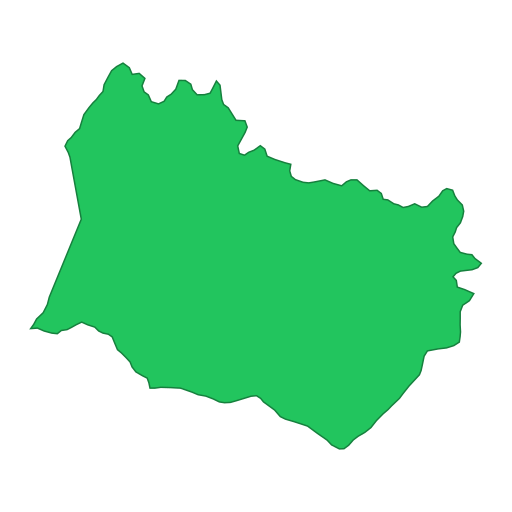 Ipuã, São Paulo, Brazil (Mercator projection)
{"feature_id": "56859067B38100119221339", "entity_name": "Ipuã", "entity_type": "district", "adm_level": 2, "iso_a3": "BRA", "parent_name": "Brazil", "parent_adm1": "São Paulo", "projection": "mercator", "projection_center": [-48.055, -20.411], "detail": "fine", "context": "isolated", "style": "filled", "palette": "green", "viewbox_px": 512, "rotation_deg": 0, "n_neighbors": 0, "source": "geoboundaries", "source_scale": "gbopen_adm2", "svg_char_len": 2565}
<svg xmlns="http://www.w3.org/2000/svg" viewBox="0 0 512 512"><path d="M30.7,328.6L37.5,328.1L44.1,331.0L51.8,333.1L57.3,333.7L61.3,330.5L67.1,329.6L71.6,327.3L76.4,324.6L81.7,322.1L87.7,324.8L94.8,327.1L98.7,331.0L103.0,333.1L108.3,334.2L112.2,336.9L114.9,343.5L117.5,349.7L121.3,352.8L125.8,357.3L130.1,362.0L132.1,367.0L135.9,371.9L142.6,375.8L147.2,378.1L148.9,382.8L150.0,388.1L155.0,388.1L160.8,387.3L171.0,387.6L176.0,387.9L180.4,388.1L192.2,392.2L198.1,394.7L205.9,396.1L213.4,399.0L219.3,401.9L224.5,402.7L230.4,402.4L236.4,400.7L251.1,396.2L256.5,395.7L260.7,398.4L263.5,401.9L274.6,410.0L280.3,416.6L285.4,419.1L293.9,421.6L301.0,423.9L307.6,426.1L317.2,433.2L327.1,440.1L331.6,444.9L339.4,448.9L344.0,448.7L348.7,445.2L353.3,439.9L358.2,436.2L364.8,432.4L370.9,427.6L376.5,420.5L383.1,413.8L388.1,409.5L391.4,406.0L399.4,398.4L402.9,393.7L409.1,385.9L419.4,374.8L421.1,370.5L422.5,364.0L424.1,356.2L427.4,350.9L438.0,348.9L446.5,347.9L453.8,345.6L459.3,342.1L460.1,336.6L460.5,331.9L460.1,324.8L460.2,318.6L460.2,311.7L462.7,305.2L469.4,300.7L473.8,293.6L469.4,291.7L464.7,289.6L457.3,287.1L456.3,280.4L453.0,276.8L456.0,273.3L460.4,271.1L467.0,270.3L472.1,269.7L477.8,267.6L481.3,263.3L474.9,258.5L471.9,254.7L467.0,254.2L460.2,252.4L456.8,247.9L453.8,243.7L452.7,236.9L455.2,232.0L456.6,227.6L460.4,222.8L462.7,216.6L463.7,211.2L462.3,205.0L457.3,199.9L454.8,195.9L452.6,190.2L446.7,188.6L442.7,190.8L438.9,196.2L432.6,201.0L427.4,206.5L421.7,207.2L414.7,203.8L408.3,206.5L403.1,207.5L398.3,204.9L393.8,203.8L387.8,199.9L383.2,199.3L381.3,193.5L377.1,190.3L369.7,190.8L363.4,185.6L357.0,179.9L350.9,179.9L346.4,181.8L341.7,185.8L333.0,183.4L325.0,179.9L313.7,182.1L308.7,182.9L303.1,182.3L295.3,179.6L291.3,176.4L289.7,170.9L290.8,164.3L284.7,162.7L274.9,159.5L267.1,156.2L264.8,149.1L260.3,145.7L254.1,150.2L248.7,152.3L244.5,155.2L239.3,153.5L237.7,145.9L245.1,132.4L247.2,127.1L244.9,120.8L236.0,120.3L228.2,107.8L223.6,104.5L221.8,99.7L220.0,85.2L216.4,81.0L212.5,88.7L210.1,93.2L204.4,94.7L197.1,94.8L192.4,89.7L190.8,84.2L185.3,80.5L179.0,80.4L175.8,89.2L171.2,94.2L166.8,97.0L164.1,101.3L158.5,103.9L151.3,101.7L148.3,94.9L144.1,91.9L142.0,85.9L144.9,78.4L139.2,73.4L132.2,74.4L129.3,67.7L123.0,63.1L116.6,66.6L111.6,70.7L108.2,76.9L104.1,84.7L103.0,91.5L99.4,95.4L96.4,99.5L93.0,102.8L89.1,107.5L83.9,114.6L81.1,123.6L79.6,128.6L75.2,132.3L71.2,137.6L67.7,140.7L65.0,146.2L68.3,152.5L70.0,157.3L71.4,165.1L81.3,219.2L49.3,297.1L47.4,304.5L43.2,312.7L36.6,319.0L33.7,324.4L30.7,328.6Z" fill="#22c55e" stroke="#15803d" stroke-width="1.5"/></svg>